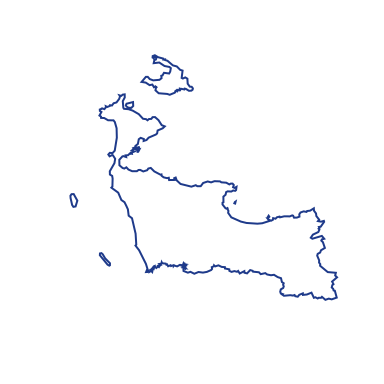 Pandeglang, Banten, Indonesia (Robinson projection), rotated 74°
{"feature_id": "22746128B79755996911998", "entity_name": "Pandeglang", "entity_type": "district", "adm_level": 2, "iso_a3": "IDN", "parent_name": "Indonesia", "parent_adm1": "Banten", "projection": "robinson", "projection_center": [105.579, -6.619], "detail": "fine", "context": "isolated", "style": "outline", "palette": "blue", "viewbox_px": 384, "rotation_deg": 74, "n_neighbors": 0, "source": "geoboundaries", "source_scale": "gbopen_adm2", "svg_char_len": 6000}
<svg xmlns="http://www.w3.org/2000/svg" viewBox="0 0 384 384"><g transform="rotate(74 192 192)"><path d="M332.4,93.5L332.2,89.9L333.7,87.3L333.4,82.0L326.3,81.9L325.7,83.0L323.9,83.0L322.3,84.0L320.2,82.8L319.6,81.4L316.7,82.0L314.0,76.1L311.7,77.4L309.3,76.0L306.4,83.6L298.2,89.2L296.7,88.6L294.9,89.3L292.8,88.6L287.7,89.2L286.1,88.2L285.5,85.5L283.6,84.1L282.4,79.7L276.3,80.0L274.4,81.1L273.4,80.3L273.4,77.8L270.0,79.3L270.1,89.2L268.7,90.4L266.3,87.5L265.3,81.6L263.3,79.9L262.2,80.4L261.7,79.4L260.6,79.6L260.8,77.8L257.1,73.2L256.1,73.2L256.1,76.1L254.7,78.9L253.6,77.4L249.4,79.1L246.8,78.7L243.6,79.9L241.3,79.4L242.5,83.7L242.0,86.6L242.7,87.4L241.4,90.0L241.6,93.3L243.0,95.0L245.3,95.5L245.5,98.2L244.8,101.0L242.7,101.3L242.1,102.1L242.4,104.7L240.8,110.0L240.6,114.4L239.8,114.6L239.7,117.3L240.7,119.1L239.5,121.2L241.0,121.9L241.4,123.8L239.5,126.2L241.2,125.5L241.4,133.1L240.5,137.8L236.8,148.1L233.9,153.2L227.2,161.2L222.0,163.0L220.2,162.2L217.4,162.7L217.0,161.4L217.5,163.5L216.8,164.3L212.4,166.1L210.7,165.6L210.5,164.6L205.1,163.1L203.9,160.5L201.5,159.2L201.2,157.5L202.4,154.1L201.9,152.0L202.8,150.1L202.3,149.1L199.3,147.8L199.8,150.0L198.7,151.2L196.8,149.9L195.1,150.7L194.6,152.4L195.0,154.0L192.5,156.5L190.8,161.1L189.5,162.2L187.8,167.4L188.0,171.0L186.2,174.0L186.4,178.8L188.8,182.0L187.9,185.3L186.5,186.5L186.7,191.1L181.1,200.8L176.6,203.5L173.6,203.7L173.8,205.3L175.6,205.5L174.2,210.7L171.9,210.4L171.8,212.2L170.1,215.2L168.1,216.7L166.7,216.5L166.7,217.5L161.8,222.6L157.5,225.0L157.4,227.5L158.7,229.1L158.8,233.2L156.5,235.7L156.1,237.3L156.8,239.2L155.5,243.8L152.9,246.9L150.2,248.3L150.8,250.6L149.8,252.1L146.3,254.4L141.0,253.0L138.6,249.1L138.6,248.1L140.2,245.7L138.5,245.7L139.0,243.4L137.9,241.2L138.8,241.5L138.0,240.7L138.7,239.2L137.5,239.1L137.2,236.3L135.5,238.4L134.6,236.1L133.6,236.4L133.5,234.4L132.2,233.8L130.9,230.8L126.6,228.6L125.8,226.4L127.8,223.7L129.6,224.4L129.5,221.4L127.8,218.7L126.8,210.9L126.1,209.4L123.4,208.1L122.7,202.6L121.4,200.1L119.4,202.7L113.7,204.4L109.8,206.9L109.2,209.3L110.5,210.9L110.0,213.3L110.8,215.0L109.3,216.1L108.1,218.9L102.5,221.7L97.4,226.6L94.9,230.2L93.3,234.4L92.1,234.8L85.6,233.5L82.6,230.6L79.6,229.8L79.3,231.8L80.1,233.5L79.1,235.1L80.2,234.8L82.4,236.3L85.1,239.9L85.1,242.9L86.8,245.1L86.0,246.8L86.6,247.1L86.9,250.0L85.8,251.2L86.8,251.3L88.2,253.4L86.8,255.4L87.1,256.6L86.5,256.8L87.2,256.6L87.3,257.9L88.7,258.2L90.1,257.0L93.0,259.9L94.4,258.7L95.7,259.0L96.7,256.0L99.9,252.9L101.5,247.7L103.5,246.9L109.9,246.9L119.1,249.3L131.0,254.9L132.7,257.7L131.7,260.2L132.9,262.1L135.0,261.4L134.5,258.7L134.9,257.9L138.9,256.7L142.9,258.6L149.4,265.3L152.6,266.1L154.5,264.3L157.2,264.6L164.8,267.0L165.6,268.3L172.3,263.1L180.2,262.1L183.2,259.7L187.0,259.0L191.0,258.4L197.3,259.4L200.7,256.9L216.5,257.7L227.3,260.1L227.9,261.1L233.4,258.9L248.4,256.1L253.5,256.0L256.3,258.2L256.6,256.8L255.7,255.3L257.2,255.3L256.6,253.0L257.9,252.3L255.9,251.3L255.2,252.7L254.5,251.4L255.5,250.1L254.4,249.5L253.6,250.1L252.9,249.2L252.8,248.2L254.3,248.7L254.0,247.8L255.2,247.2L254.2,245.3L255.1,244.5L254.3,243.6L253.5,244.3L253.5,242.3L252.2,243.1L252.4,241.2L251.2,240.5L252.3,240.3L253.6,237.0L254.8,236.7L254.7,235.9L256.8,235.4L256.5,232.8L257.4,232.6L257.3,230.0L258.0,230.1L257.6,229.6L259.4,226.8L258.7,223.7L259.9,221.0L258.1,219.7L258.7,219.5L258.7,218.0L259.0,219.8L259.7,219.9L259.3,219.3L259.8,219.6L259.7,218.5L259.9,218.1L260.2,220.3L261.1,221.0L260.6,218.8L260.7,217.8L262.0,217.7L260.9,218.0L261.3,219.9L262.9,219.2L262.3,220.0L263.1,220.0L264.7,218.8L263.7,219.9L262.7,220.1L261.6,219.9L261.6,221.8L262.2,221.2L265.6,221.9L268.4,218.2L268.3,215.5L271.2,212.3L270.7,207.8L272.5,203.7L272.9,199.7L272.3,195.1L271.5,193.9L269.7,193.7L269.4,191.4L268.6,191.0L269.9,190.2L269.8,186.8L272.2,184.1L273.3,181.1L274.6,181.4L276.6,177.5L278.1,177.8L279.7,176.0L279.7,173.1L281.1,170.7L280.6,169.4L283.5,168.6L282.5,163.5L284.1,163.8L285.4,161.5L283.1,157.6L284.5,155.4L285.4,155.3L287.6,149.8L289.9,148.6L290.2,143.9L292.0,142.5L293.8,139.0L294.2,136.0L297.4,133.1L299.4,130.2L303.3,130.4L305.0,129.0L306.3,130.0L308.0,129.8L309.4,130.8L310.1,133.5L312.2,134.7L314.0,134.6L315.1,133.0L315.4,133.6L317.1,132.2L318.3,125.9L319.4,123.5L319.3,121.8L320.6,121.5L321.8,119.2L320.4,117.2L320.0,113.4L321.5,113.7L322.2,109.8L321.7,104.9L327.3,104.0L327.2,102.4L329.0,100.5L328.6,99.3L329.3,97.1L328.6,96.0L332.4,93.5ZM93.8,163.2L92.6,162.6L90.8,163.3L90.1,165.1L86.7,166.3L81.8,165.2L80.0,166.9L80.4,169.5L79.5,170.5L72.7,167.6L71.3,169.7L67.1,172.0L65.0,175.5L59.1,179.4L57.7,181.5L57.1,181.3L56.8,183.1L55.8,182.9L53.1,187.4L50.3,190.0L50.5,192.3L51.3,192.6L51.2,190.2L53.5,189.4L54.7,190.2L54.8,191.8L57.6,193.3L58.5,187.8L63.3,183.7L65.6,179.2L67.1,178.2L70.3,179.8L71.8,181.3L69.7,186.1L71.8,188.2L71.8,189.5L74.2,189.9L75.2,192.3L74.0,198.5L71.8,201.5L69.1,202.8L68.6,204.6L72.3,210.1L74.1,206.3L77.6,203.3L77.8,200.5L80.8,199.7L80.4,198.2L81.4,198.0L81.2,196.4L81.7,197.8L84.2,199.1L87.9,196.8L90.9,188.8L92.4,186.6L91.8,181.2L91.0,180.0L90.5,180.2L89.8,178.5L90.8,178.1L90.0,177.5L90.8,176.1L89.6,175.5L90.5,175.0L89.7,174.2L91.3,171.1L90.6,170.6L91.2,169.5L93.9,167.0L94.4,164.6L93.8,163.2ZM168.7,304.6L161.4,306.3L160.9,308.4L162.1,309.9L164.4,310.4L171.4,310.8L173.6,310.1L173.8,307.9L168.7,304.6ZM239.8,291.1L237.9,290.5L231.8,293.8L227.2,295.0L225.8,295.9L225.7,297.4L227.4,298.0L238.6,293.2L240.0,291.8L239.8,291.1ZM89.3,223.9L89.1,230.6L90.4,231.7L91.8,231.4L93.5,229.8L94.4,227.1L93.1,224.8L89.3,223.9ZM136.1,232.0L135.3,230.6L134.2,230.7L134.2,232.1L136.1,232.0ZM138.4,233.2L138.5,232.6L136.8,231.0L137.0,232.7L138.4,233.2ZM237.1,126.2L237.7,125.4L237.1,124.5L235.9,124.9L237.1,126.2ZM214.5,154.4L215.0,153.7L213.2,152.7L213.5,153.6L214.5,154.4ZM53.2,192.0L51.9,191.3L51.6,191.7L52.1,192.5L53.2,192.0ZM135.3,233.6L134.7,234.6L134.8,235.3L135.9,234.2L135.3,233.6ZM134.2,233.6L133.6,232.6L133.7,234.0L134.2,233.6Z" fill="none" stroke="#1e3a8a" stroke-width="2"/></g></svg>